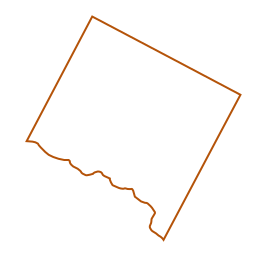 the district of Yankton, South Dakota, United States of America, rotated 28°
{"feature_id": "52423323B66952732105608", "entity_name": "Yankton", "entity_type": "district", "adm_level": 2, "iso_a3": "USA", "parent_name": "United States of America", "parent_adm1": "South Dakota", "projection": "natural_earth1", "projection_center": [-97.367, 42.985], "detail": "fine", "context": "isolated", "style": "outline", "palette": "amber", "viewbox_px": 256, "rotation_deg": 28, "n_neighbors": 0, "source": "geoboundaries", "source_scale": "gbopen_adm2", "svg_char_len": 1090}
<svg xmlns="http://www.w3.org/2000/svg" viewBox="0 0 256 256"><g transform="rotate(28 128 128)"><path d="M127.8,46.1L44.1,46.4L44.7,187.2L50.0,184.9L53.0,184.1L55.8,184.1L57.4,185.1L60.0,186.1L66.1,188.0L70.6,188.9L75.6,188.7L81.1,187.8L86.7,186.2L90.6,184.1L92.2,184.6L92.7,185.5L93.7,186.4L95.3,187.1L97.7,187.7L102.7,187.6L105.8,188.2L106.9,188.6L107.7,189.2L109.2,189.6L112.7,189.5L113.8,189.1L116.3,187.1L118.6,184.9L118.7,184.2L119.4,182.9L121.5,180.8L122.8,180.1L124.6,179.7L126.0,180.0L127.8,181.2L129.7,181.5L135.7,181.1L136.2,182.1L138.6,184.1L141.0,185.6L141.8,185.7L148.2,185.2L150.0,184.8L151.9,184.1L152.7,183.6L153.5,182.8L154.1,182.5L156.4,182.0L158.8,180.8L159.6,180.2L160.4,180.0L162.0,180.9L166.3,185.4L174.0,186.7L178.0,186.1L179.7,185.4L180.8,185.4L184.6,186.4L186.7,187.2L191.3,189.7L191.8,190.7L191.5,196.9L191.7,197.7L192.6,199.8L193.0,201.1L193.3,204.3L193.8,205.3L194.4,205.9L196.3,207.1L197.8,207.6L202.3,207.9L205.5,208.6L207.8,208.7L209.6,209.1L210.7,209.5L211.9,210.1L211.7,84.4L211.7,45.9L127.8,46.1Z" fill="none" stroke="#b45309" stroke-width="2"/></g></svg>